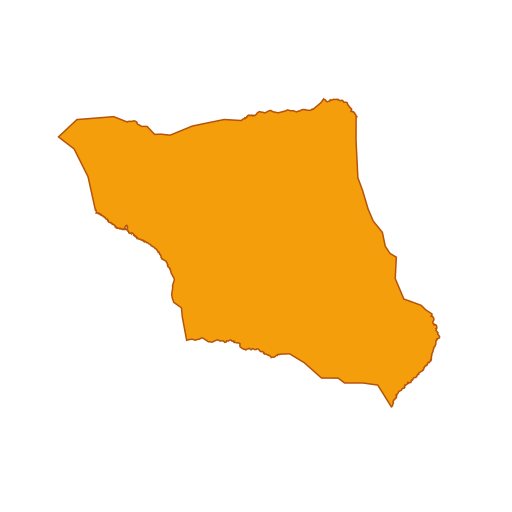 the district of Batshireet, Hentiy, Mongolia, rotated 341°
{"feature_id": "93677404B78504825673469", "entity_name": "Batshireet", "entity_type": "district", "adm_level": 2, "iso_a3": "MNG", "parent_name": "Mongolia", "parent_adm1": "Hentiy", "projection": "albers", "projection_center": [109.766, 48.797], "detail": "fine", "context": "isolated", "style": "filled", "palette": "amber", "viewbox_px": 512, "rotation_deg": 341, "n_neighbors": 0, "source": "geoboundaries", "source_scale": "gbopen_adm2", "svg_char_len": 6155}
<svg xmlns="http://www.w3.org/2000/svg" viewBox="0 0 512 512"><g transform="rotate(341 256 256)"><path d="M371.1,129.5L367.2,132.2L357.7,135.9L357.6,135.5L356.1,135.5L355.6,135.9L354.7,136.0L351.6,134.7L349.9,133.4L349.2,133.4L348.0,132.7L345.9,132.7L344.2,133.3L343.4,132.7L341.2,133.0L338.6,130.7L336.8,130.3L334.2,128.8L333.7,128.2L330.5,128.4L323.5,127.8L319.0,125.1L317.3,123.1L315.4,123.0L310.9,123.6L309.9,122.9L309.4,122.3L308.5,122.1L306.3,120.6L304.0,121.0L302.5,122.1L300.4,122.9L299.7,122.2L299.2,122.5L298.4,122.3L298.3,121.7L298.0,121.4L297.2,121.7L296.7,121.2L295.5,121.1L295.6,120.7L295.3,120.5L294.2,120.5L292.5,121.3L292.5,121.9L291.5,122.2L290.4,121.7L290.0,122.5L289.6,122.2L288.2,122.4L288.4,122.6L287.8,122.4L286.4,123.2L270.4,116.6L254.7,114.5L238.0,112.4L214.1,113.8L205.7,109.8L199.7,108.0L195.2,98.0L190.0,96.2L188.1,93.9L187.1,93.1L186.7,91.9L187.0,91.0L186.7,90.3L185.2,88.7L183.6,88.3L182.5,88.3L179.0,87.1L177.9,87.4L166.8,77.9L131.1,68.7L108.0,79.1L118.9,95.6L123.0,126.3L119.1,160.2L119.7,160.6L119.5,160.9L119.6,161.3L119.3,162.2L119.3,162.9L118.9,163.4L120.7,163.9L120.6,164.3L121.1,164.3L121.2,164.9L121.6,164.8L121.6,165.3L122.1,165.2L122.8,165.8L122.4,166.6L123.3,166.8L123.3,167.6L124.4,168.3L124.6,168.5L124.4,168.7L124.5,169.1L125.6,169.8L125.3,170.2L125.9,170.9L125.8,171.1L126.2,172.1L127.1,172.8L127.6,172.8L127.6,173.6L127.2,174.2L127.8,174.5L127.5,175.2L127.9,176.1L128.5,176.7L129.5,176.9L129.4,177.5L130.3,178.1L130.4,179.2L131.0,179.1L131.3,179.8L132.2,180.6L132.7,182.0L132.4,182.3L132.8,182.4L132.9,182.9L132.9,183.5L133.3,183.5L133.2,184.1L134.0,184.6L134.4,184.3L136.0,185.9L136.6,185.5L136.8,185.9L136.7,186.2L137.3,186.2L137.8,187.0L138.1,187.0L138.2,187.3L138.7,187.0L139.6,187.5L139.6,187.9L139.9,187.9L141.3,187.3L141.1,186.6L142.1,185.3L143.8,184.9L144.0,185.5L143.7,186.0L144.0,186.5L143.8,187.4L143.3,187.5L142.9,188.4L142.2,188.6L142.6,188.7L142.4,189.3L142.7,190.1L143.3,190.2L143.1,191.1L143.5,191.8L143.3,192.7L144.1,193.4L144.7,193.4L145.2,194.2L145.3,193.7L146.6,194.0L147.3,195.6L147.1,196.6L147.9,196.7L147.8,197.3L148.3,197.7L148.0,198.2L148.5,198.8L149.1,198.7L149.2,200.5L149.8,200.2L150.0,201.2L150.8,202.0L152.0,202.4L152.7,203.7L154.1,203.9L154.1,205.0L154.9,205.7L155.0,206.3L155.3,206.4L155.4,205.6L156.4,206.5L156.8,207.7L157.5,207.7L158.4,209.2L160.1,211.0L160.1,212.2L161.2,212.9L161.5,213.7L162.3,214.1L162.9,215.5L162.9,216.0L164.1,217.2L164.1,217.9L164.6,218.8L164.5,219.5L164.8,220.0L164.7,220.9L165.6,221.1L165.7,222.4L165.4,223.1L166.1,223.8L166.1,225.8L165.7,226.5L166.2,227.6L166.1,228.3L166.9,228.6L167.0,229.2L169.3,231.6L169.2,232.8L169.7,233.4L169.5,234.7L169.6,235.2L169.4,235.8L169.7,235.8L169.2,237.4L170.1,238.8L170.2,239.6L170.5,239.7L170.2,240.2L170.6,241.8L170.4,242.1L170.5,242.8L170.2,244.4L170.4,245.7L170.8,246.8L170.7,248.1L171.2,249.2L171.1,251.7L171.0,252.2L169.9,253.4L167.4,256.9L166.9,258.9L163.7,265.0L163.1,269.0L163.2,273.1L168.6,280.7L166.4,290.1L163.0,313.1L165.7,313.3L168.2,313.8L169.2,314.3L171.2,315.9L173.3,315.8L175.4,316.2L178.2,315.7L179.2,316.5L183.0,321.5L186.5,323.2L191.6,322.6L192.9,323.1L194.3,324.7L195.7,324.9L197.5,325.7L198.3,327.5L199.9,327.6L200.6,326.7L202.2,327.4L204.0,327.0L204.9,327.2L205.3,327.8L205.2,328.2L205.9,329.0L207.2,329.1L207.4,329.5L207.0,330.3L207.3,330.8L208.1,330.7L209.7,332.1L211.0,332.3L211.9,333.1L211.9,333.5L212.3,333.9L211.5,335.6L211.4,336.7L213.7,340.0L214.9,340.3L215.4,341.3L215.8,341.6L216.8,341.1L218.6,341.3L219.3,341.0L219.8,341.3L220.2,342.4L221.0,343.1L222.3,342.5L223.0,342.6L224.3,344.1L225.5,344.5L226.7,344.2L227.6,344.4L228.4,345.8L229.0,347.6L229.6,348.1L230.9,348.3L231.5,349.3L231.9,349.6L231.5,349.8L231.5,350.2L231.8,350.3L231.7,350.9L232.3,351.3L232.3,351.6L233.7,352.0L234.4,353.0L235.1,353.4L235.3,353.9L235.9,354.0L236.0,354.5L237.0,355.4L237.3,357.0L238.5,357.0L240.6,357.6L242.9,356.6L243.9,357.0L244.2,356.4L245.2,356.2L246.2,356.9L247.3,356.8L255.9,359.4L266.9,372.6L278.2,392.7L293.9,398.2L298.4,404.9L315.8,410.9L329.1,417.7L335.0,443.3L335.3,442.2L336.3,442.1L337.1,440.6L337.9,440.0L338.2,439.1L338.2,438.1L339.3,437.5L339.7,436.9L340.7,436.7L341.5,435.8L342.6,435.8L342.8,435.4L342.9,434.5L343.6,434.0L343.1,433.0L344.1,432.9L344.8,432.2L345.4,432.2L347.0,430.5L349.6,430.3L351.1,429.1L352.3,428.9L353.0,429.2L353.8,428.8L353.9,428.5L353.9,427.5L354.8,427.2L354.9,426.5L355.7,426.8L356.4,426.4L358.4,426.1L358.6,425.8L358.3,425.1L358.4,424.8L358.8,424.9L359.5,425.8L361.1,426.0L362.0,425.1L362.2,424.4L362.9,423.9L363.6,424.3L365.1,422.7L367.0,422.6L367.5,422.9L368.7,422.3L369.7,421.1L370.1,421.1L370.2,420.6L371.5,420.7L371.9,419.6L376.0,418.7L376.5,418.1L377.0,418.3L378.0,417.3L378.5,416.2L379.0,416.2L379.9,415.2L380.7,415.3L381.3,414.7L381.8,415.0L382.6,414.5L382.9,413.8L384.2,412.6L385.0,413.2L386.7,412.0L387.2,412.0L387.3,411.1L387.9,411.2L388.1,410.4L388.6,410.0L388.6,408.9L389.2,408.3L389.4,407.6L390.2,406.8L390.1,406.1L392.2,404.0L392.9,402.5L393.9,401.6L394.2,400.3L395.5,400.0L396.1,399.0L397.2,398.1L398.7,394.6L399.2,394.5L399.4,394.0L400.2,394.0L400.4,393.1L401.9,393.3L402.9,393.0L403.3,392.1L402.8,389.8L402.3,389.0L403.1,387.7L402.5,386.7L402.5,386.0L401.9,385.1L402.6,384.0L402.5,383.3L403.5,383.1L404.0,381.0L403.6,379.5L402.8,379.5L402.5,378.7L401.9,379.0L401.8,377.9L401.4,377.0L401.8,375.7L403.0,374.8L403.6,374.0L403.8,371.8L403.4,371.5L402.9,370.0L402.2,370.1L402.0,369.9L402.9,369.7L403.5,368.1L399.0,362.2L396.1,356.4L381.8,344.8L380.3,322.7L388.3,302.8L383.5,297.1L381.4,288.8L383.2,274.8L378.2,261.1L377.3,248.1L378.1,228.7L377.8,215.2L388.2,179.3L395.6,158.0L396.7,157.2L396.8,156.8L396.0,156.2L396.3,154.7L395.7,154.0L395.9,152.9L395.4,152.5L395.2,151.4L394.4,151.2L393.9,150.3L392.9,150.2L393.0,149.9L393.7,149.4L394.2,148.2L393.4,146.4L393.0,146.0L392.8,144.7L392.4,144.3L392.4,143.4L391.9,142.8L392.2,141.2L392.1,140.8L391.2,139.9L389.2,139.3L388.6,137.2L387.4,136.6L386.5,136.7L385.2,135.8L385.0,134.9L384.4,134.9L383.5,134.1L382.6,134.1L380.5,133.1L378.2,133.3L377.1,132.4L375.9,133.6L375.2,133.3L373.8,133.5L372.7,132.6L372.6,131.1L371.3,130.2L371.1,129.5Z" fill="#f59e0b" stroke="#b45309" stroke-width="1.5"/></g></svg>